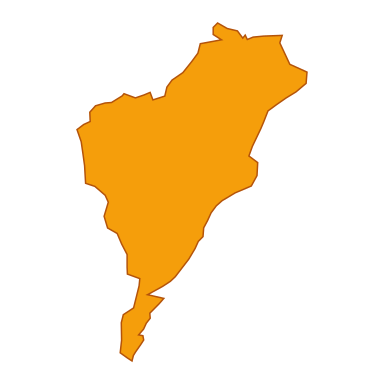 Trimithousa, Paphos, Cyprus
{"feature_id": "46923920B17841566161623", "entity_name": "Trimithousa", "entity_type": "district", "adm_level": 2, "iso_a3": "CYP", "parent_name": "Cyprus", "parent_adm1": "Paphos", "projection": "albers", "projection_center": [32.443, 34.816], "detail": "fine", "context": "isolated", "style": "filled", "palette": "amber", "viewbox_px": 384, "rotation_deg": 0, "n_neighbors": 0, "source": "geoboundaries", "source_scale": "gbopen_adm2", "svg_char_len": 1276}
<svg xmlns="http://www.w3.org/2000/svg" viewBox="0 0 384 384"><path d="M77.0,129.6L81.2,141.7L82.9,153.4L84.6,165.8L85.6,183.3L94.9,186.4L105.2,195.3L108.3,202.2L104.1,216.3L107.6,228.0L117.2,233.5L121.6,243.9L127.1,254.5L127.1,267.3L127.4,274.1L139.8,278.6L139.1,285.8L133.6,307.9L123.3,314.7L121.3,322.7L121.6,340.2L120.2,352.8L127.0,357.7L132.0,361.0L133.4,355.5L135.6,351.9L140.7,344.6L143.7,340.0L142.9,335.7L138.6,334.9L143.6,329.1L146.3,323.2L150.2,318.2L149.8,313.2L159.0,303.9L163.8,298.4L147.5,294.7L162.6,286.4L170.4,281.3L175.2,276.8L188.8,259.1L195.1,248.5L198.3,241.4L203.0,236.6L203.7,227.8L207.5,220.7L211.1,212.8L216.3,205.8L222.2,200.6L235.3,192.8L251.3,186.0L257.0,175.6L257.7,162.6L248.9,156.0L252.4,146.3L260.8,128.7L263.6,122.1L268.0,110.9L277.0,104.3L286.2,97.9L296.0,91.9L303.8,85.3L306.1,83.4L307.0,72.1L289.8,64.3L279.8,42.9L282.2,35.4L263.7,36.1L253.1,37.1L247.3,39.5L245.2,35.1L242.8,38.1L237.4,30.9L227.2,28.5L217.6,23.0L213.2,27.4L213.2,34.5L221.5,39.8L213.4,41.3L200.3,43.7L197.9,53.2L191.7,61.6L182.9,72.6L172.0,80.1L166.9,87.1L164.8,96.1L152.9,99.9L150.1,92.4L143.9,95.0L135.4,97.9L124.0,93.7L122.2,95.9L111.5,102.5L105.1,103.0L95.5,105.8L89.8,112.2L90.2,121.5L83.7,124.5L77.0,129.6Z" fill="#f59e0b" stroke="#b45309" stroke-width="1.5"/></svg>